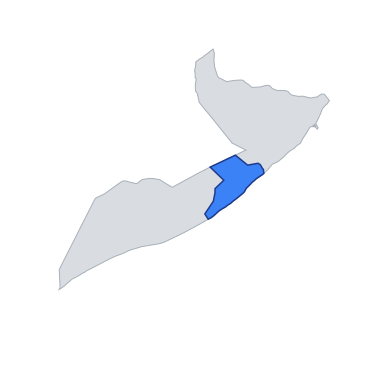 Mudug on a map of Somalia (Equal Earth projection), rotated 27°
{"feature_id": "SOM-2412", "entity_name": "Mudug", "entity_type": "Region", "adm_level": 1, "iso_a3": "SOM", "parent_name": "Somalia", "parent_adm1": "", "projection": "equal_earth", "projection_center": [47.931, 6.026], "detail": "fine", "context": "in_parent", "style": "filled", "palette": "blue", "viewbox_px": 384, "rotation_deg": 27, "n_neighbors": 0, "source": "natural_earth", "source_scale": "10m", "svg_char_len": 3280}
<svg xmlns="http://www.w3.org/2000/svg" viewBox="0 0 384 384"><g transform="rotate(27 192 192)"><path d="M117.8,337.4L117.6,336.5L116.1,333.9L113.2,328.9L111.1,325.2L108.9,321.4L108.9,318.3L108.8,309.2L108.8,291.0L108.7,272.8L108.7,254.6L108.7,245.5L108.7,241.8L108.9,241.2L111.4,237.9L114.8,233.5L119.1,225.1L121.5,220.5L123.5,216.7L124.0,215.6L125.7,213.3L129.0,211.9L131.0,211.7L138.0,210.0L139.1,209.3L139.7,208.5L140.3,206.6L141.6,204.1L143.4,202.4L146.7,200.1L150.0,198.1L150.7,197.8L154.7,196.6L155.6,196.2L157.2,195.8L157.9,195.7L163.3,196.2L167.6,196.5L172.0,196.8L172.4,196.6L175.5,192.1L180.4,184.9L183.6,180.3L188.4,173.2L192.1,168.1L196.2,162.4L200.2,157.3L205.0,151.1L208.0,147.2L212.7,141.1L217.1,135.3L221.0,130.2L215.6,130.2L210.3,130.2L205.1,130.2L204.2,129.6L199.8,127.6L194.2,125.1L187.3,122.0L182.4,119.8L177.2,117.4L171.9,115.1L167.7,113.3L162.5,111.0L158.0,109.0L157.4,108.5L154.9,105.4L151.6,101.4L151.0,101.4L149.5,100.5L148.1,98.4L146.6,95.6L145.3,92.2L144.7,89.8L142.9,88.8L142.1,87.0L140.5,84.2L139.3,82.9L138.9,81.7L138.4,79.3L137.5,76.7L136.6,75.1L136.4,74.4L136.5,73.9L138.2,70.4L138.9,69.1L139.8,67.9L140.5,66.7L140.7,65.8L142.8,61.7L144.5,58.0L145.9,55.1L149.0,58.4L152.0,65.1L155.5,70.4L160.3,75.4L162.2,77.1L163.9,78.0L172.8,77.9L179.1,73.3L184.8,70.0L186.7,69.3L190.0,70.2L193.6,70.5L196.9,71.5L198.6,71.3L205.1,67.4L209.2,63.7L211.9,62.1L213.0,62.1L216.8,63.4L221.7,62.9L228.4,59.6L230.5,59.0L232.1,58.9L235.7,60.4L236.3,60.3L238.3,60.0L243.4,58.5L247.5,56.2L254.9,54.5L260.5,50.3L261.5,48.2L263.2,45.7L265.7,44.8L272.0,47.8L273.0,48.1L272.7,49.9L272.5,51.8L271.2,55.0L270.4,58.7L271.0,64.2L271.3,73.2L271.2,74.5L270.8,75.8L270.6,76.8L269.9,77.1L269.6,77.7L270.1,77.9L272.1,77.0L272.0,75.9L272.2,75.4L273.8,76.6L275.0,77.1L275.3,78.2L275.2,79.0L273.4,78.6L272.4,78.0L269.7,79.0L268.0,80.0L267.5,81.8L267.1,88.9L266.5,93.4L266.4,99.5L264.2,103.5L263.4,106.3L260.1,112.0L258.4,116.8L257.8,119.2L254.9,125.8L250.9,130.9L249.5,137.5L248.1,141.5L246.5,145.2L242.9,151.8L241.1,156.4L238.9,164.4L238.2,169.4L231.8,184.0L225.1,195.7L221.0,205.5L213.6,216.9L203.4,231.7L190.2,249.1L186.6,252.7L172.0,263.5L162.6,272.5L157.8,278.7L152.8,284.1L148.8,289.2L136.6,306.4L135.4,308.0L134.2,309.5L132.7,312.4L131.6,313.6L128.7,318.5L126.9,321.1L124.9,323.6L124.1,325.4L123.5,327.4L122.8,328.6L121.0,333.5L119.4,336.7L117.8,339.2L117.8,337.4Z" fill="#d9dde1" stroke="#a8b0b8" stroke-width="1"/><path d="M196.9,161.6L197.2,161.1L197.6,160.7L198.3,159.8L199.0,158.8L199.3,158.4L200.1,157.4L200.9,156.4L201.7,155.4L202.4,154.4L203.2,153.4L204.0,152.4L204.8,151.4L205.5,150.4L206.3,149.4L207.1,148.3L207.9,147.3L208.6,146.3L209.4,145.3L210.2,144.3L211.0,143.3L211.8,142.3L212.5,141.3L213.3,140.3L213.9,139.5L214.3,139.6L214.5,139.6L229.4,142.8L237.8,136.4L240.4,136.6L244.4,139.2L245.3,139.4L247.6,142.8L246.7,144.9L245.7,146.5L243.2,151.1L242.1,154.2L241.3,155.7L240.5,158.7L238.6,164.2L238.5,164.7L238.6,165.2L238.7,166.1L238.7,166.5L238.5,168.4L238.0,170.0L236.6,173.2L235.0,176.9L232.5,182.0L231.7,184.3L231.3,185.1L230.2,186.6L228.6,190.2L226.7,193.0L224.6,196.7L222.3,203.0L220.6,206.4L218.8,208.9L213.4,205.7L215.2,190.6L212.9,182.4L211.0,178.5L215.0,167.1L209.0,165.3L202.9,163.4L196.9,161.6Z" fill="#3b82f6" stroke="#1e3a8a" stroke-width="1.5"/></g></svg>